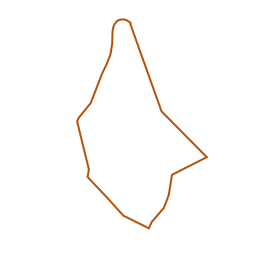 an SVG outline of City, rotated 236°
{"feature_id": "GBR-4809", "entity_name": "City", "entity_type": "City Corporation", "adm_level": 1, "iso_a3": "GBR", "parent_name": "United Kingdom", "parent_adm1": "", "projection": "robinson", "projection_center": [-0.079, 51.517], "detail": "fine", "context": "isolated", "style": "outline", "palette": "amber", "viewbox_px": 256, "rotation_deg": 236, "n_neighbors": 0, "source": "natural_earth", "source_scale": "10m", "svg_char_len": 498}
<svg xmlns="http://www.w3.org/2000/svg" viewBox="0 0 256 256"><g transform="rotate(236 128 128)"><path d="M187.7,137.1L192.7,145.8L198.8,154.6L206.4,161.8L217.0,169.4L220.2,172.7L221.7,175.1L222.8,178.7L222.5,181.3L221.2,184.0L219.4,186.3L216.4,187.9L213.9,188.9L212.2,187.9L123.0,165.1L59.8,177.0L64.6,138.4L49.4,124.0L41.7,113.0L36.8,95.1L33.2,89.2L58.0,75.1L81.5,71.8L109.9,67.1L115.5,72.4L161.9,89.5L164.0,92.8L169.5,111.0L187.7,137.1Z" fill="none" stroke="#b45309" stroke-width="2"/></g></svg>